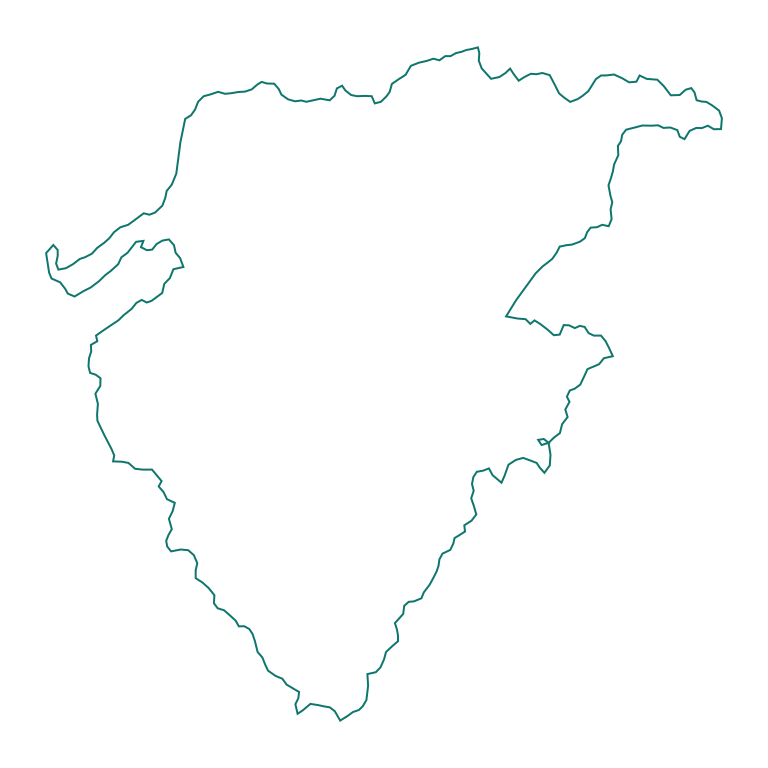 Choró, Ceará, Brazil
{"feature_id": "56859067B45544382813179", "entity_name": "Choró", "entity_type": "district", "adm_level": 2, "iso_a3": "BRA", "parent_name": "Brazil", "parent_adm1": "Ceará", "projection": "natural_earth1", "projection_center": [-39.181, -4.796], "detail": "fine", "context": "isolated", "style": "outline", "palette": "teal", "viewbox_px": 768, "rotation_deg": 0, "n_neighbors": 0, "source": "geoboundaries", "source_scale": "gbopen_adm2", "svg_char_len": 4610}
<svg xmlns="http://www.w3.org/2000/svg" viewBox="0 0 768 768"><path d="M53.3,245.0L46.1,253.1L47.8,264.1L49.1,272.6L51.5,278.5L60.1,282.3L65.1,288.7L67.8,293.6L74.6,296.5L83.7,291.0L90.7,287.5L98.9,281.3L105.3,275.1L110.7,271.0L118.2,264.2L121.4,257.3L127.6,252.7L131.4,247.8L136.1,241.8L143.4,240.9L141.0,247.2L146.9,250.2L152.2,249.6L156.6,244.0L162.4,240.6L168.9,239.4L174.0,245.2L175.6,252.7L180.1,258.1L183.4,267.0L173.4,269.2L169.9,278.1L164.3,283.8L162.2,293.0L156.6,297.1L151.5,300.9L146.7,302.5L141.7,299.9L136.4,302.9L131.6,308.9L124.1,314.8L118.3,320.4L110.9,325.3L102.5,331.0L96.0,335.6L97.3,341.2L90.9,344.9L91.2,351.5L89.0,358.3L88.5,366.3L90.1,372.9L95.7,374.7L100.5,378.2L100.3,385.9L95.4,393.7L97.9,403.8L97.1,414.5L97.4,420.7L101.1,428.5L104.6,435.7L111.6,449.2L114.2,455.4L113.1,461.4L121.7,461.7L128.4,462.9L135.1,468.8L142.7,469.6L152.0,469.6L161.6,481.1L158.7,486.5L163.5,492.0L167.0,499.2L174.8,502.9L172.7,511.0L168.9,518.8L171.8,529.1L168.4,535.2L166.2,540.8L167.2,546.5L171.1,551.4L180.7,549.5L188.2,550.2L193.8,555.1L197.3,563.2L195.7,570.1L195.7,578.2L202.3,582.4L208.6,588.0L214.4,595.2L213.9,603.2L217.7,608.3L224.1,610.3L229.8,615.3L235.6,620.6L238.9,626.4L244.2,626.2L249.3,629.0L252.5,633.9L255.0,641.4L257.6,652.0L262.4,657.5L265.1,664.4L268.0,670.6L275.5,675.9L282.3,678.7L286.6,684.6L293.8,688.9L299.1,692.0L298.3,698.3L295.4,704.2L297.6,713.8L302.7,710.4L310.4,703.9L318.2,705.1L323.6,706.3L329.7,707.3L334.8,711.2L340.2,720.6L348.4,715.4L353.0,712.0L358.9,710.0L362.7,706.3L366.4,700.1L368.1,685.8L367.4,674.1L375.8,672.2L380.4,667.5L384.0,659.5L386.0,652.0L392.2,646.2L398.0,641.2L398.0,635.5L397.0,629.7L394.9,623.1L398.9,618.7L403.2,613.9L404.2,605.8L408.8,601.8L413.9,601.4L421.4,598.3L423.8,592.4L429.7,584.6L433.2,578.2L436.7,571.3L438.5,565.9L439.4,559.4L442.5,553.6L450.3,549.9L453.3,543.6L454.6,538.0L459.8,534.9L465.0,531.5L464.3,525.3L471.6,520.6L476.3,514.4L473.7,505.5L471.2,498.3L473.7,490.8L472.0,484.0L473.3,477.2L476.8,471.8L483.3,470.6L488.9,468.4L492.7,475.3L501.5,482.7L504.5,475.9L508.5,464.7L515.9,459.9L523.2,457.9L530.3,460.5L536.6,462.9L539.9,467.8L544.4,472.8L549.8,465.4L550.5,454.8L548.6,442.8L554.1,437.5L559.9,433.1L562.1,424.2L567.6,417.0L565.3,409.5L569.5,401.8L566.9,396.7L569.8,390.5L574.7,388.7L580.3,384.6L584.4,375.9L587.5,369.1L593.2,366.7L599.1,364.2L603.9,358.2L612.8,356.2L609.5,348.9L605.6,341.2L601.0,335.6L593.8,335.6L588.6,333.1L584.6,326.9L579.8,325.9L574.8,328.1L569.0,325.3L563.7,325.1L559.7,334.6L553.8,335.2L547.3,329.4L540.4,324.1L534.5,320.4L530.3,323.9L525.6,319.2L517.3,318.5L506.1,316.4L516.1,300.2L535.6,273.4L542.6,266.4L547.9,262.4L552.4,258.7L556.8,252.4L559.7,246.6L566.4,245.2L572.0,244.6L580.1,241.6L584.9,238.1L587.1,232.2L590.7,227.6L597.0,227.2L602.2,224.8L608.7,226.2L611.6,219.1L610.6,209.3L612.3,202.2L610.4,195.6L608.5,185.4L611.1,177.6L612.8,171.7L614.1,164.5L618.3,155.2L617.9,145.9L621.0,141.3L622.2,134.8L626.1,129.7L634.4,127.6L642.4,125.5L651.6,125.7L658.1,125.3L663.4,127.9L670.3,127.5L677.3,130.1L679.8,136.8L684.5,139.1L689.6,130.9L696.3,127.9L701.8,128.1L707.9,125.7L713.8,129.2L721.0,129.1L721.9,118.2L719.1,110.6L712.0,105.3L706.4,101.9L701.5,101.5L696.6,100.2L694.5,92.4L691.3,88.1L685.7,89.7L679.7,95.0L670.8,95.3L663.7,86.0L657.3,79.7L646.8,78.9L639.6,75.5L636.4,81.7L629.1,82.3L622.1,78.2L614.0,74.5L606.6,75.4L601.0,75.5L595.9,79.1L592.4,84.7L588.3,91.2L582.5,95.9L577.7,99.1L570.2,101.9L563.9,97.4L559.1,93.4L555.1,85.4L549.7,75.1L542.3,73.0L536.6,74.2L530.8,73.8L524.5,77.0L518.7,80.7L513.9,74.4L510.1,68.6L505.5,73.0L499.4,77.0L491.1,78.8L485.5,72.6L481.7,68.4L478.8,60.7L479.3,53.1L477.9,47.4L471.8,49.0L466.3,50.0L461.6,51.8L455.9,53.1L450.6,56.1L445.3,56.1L439.4,60.3L433.4,58.7L426.8,60.9L418.9,62.7L410.9,65.8L405.6,74.8L399.2,78.9L391.9,83.9L389.7,91.8L386.6,96.2L380.9,101.8L374.8,103.4L371.7,96.2L365.0,95.9L357.0,96.2L351.1,95.0L345.3,90.4L342.1,85.7L336.9,88.4L334.5,95.8L329.7,100.3L320.5,98.7L312.3,100.5L306.4,101.8L301.2,100.5L295.1,101.3L288.0,99.3L281.4,94.6L278.8,89.1L274.2,83.7L267.0,83.5L261.6,81.9L257.0,84.8L251.7,89.4L245.0,91.6L238.2,92.0L231.4,93.2L224.9,93.8L218.2,91.8L210.5,94.4L203.7,96.2L198.1,101.8L195.1,109.5L191.1,115.2L185.2,118.9L180.4,142.2L176.3,173.6L171.8,184.6L166.7,190.9L165.3,197.8L162.4,205.6L155.0,212.6L149.4,214.7L143.7,213.3L135.9,219.1L128.2,224.8L120.3,227.3L114.0,232.2L109.4,238.1L104.3,242.7L97.3,247.8L91.9,253.7L84.9,257.3L79.9,258.9L73.1,264.1L65.9,268.2L58.4,269.6L56.1,263.6L57.7,255.9L57.7,250.0L53.3,245.0ZM548.6,442.8L541.6,445.0L538.2,439.9L543.8,439.0L548.6,442.8Z" fill="none" stroke="#0f766e" stroke-width="2"/></svg>